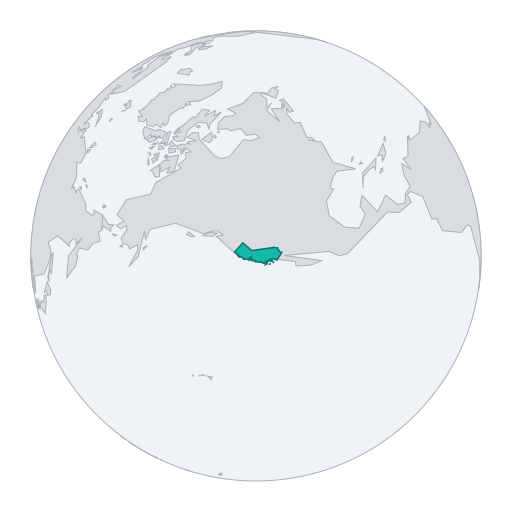 California highlighted on a globe, orthographic projection, rotated 311°
{"feature_id": "USA-3521", "entity_name": "California", "entity_type": "State", "adm_level": 1, "iso_a3": "USA", "parent_name": "United States of America", "parent_adm1": "", "projection": "orthographic", "projection_center": [-120.441, 37.266], "detail": "fine", "context": "on_globe", "style": "filled", "palette": "teal", "viewbox_px": 512, "rotation_deg": 311, "n_neighbors": 0, "source": "natural_earth", "source_scale": "10m", "svg_char_len": 13935}
<svg xmlns="http://www.w3.org/2000/svg" viewBox="0 0 512 512"><g transform="rotate(311 256 256)"><circle cx="256" cy="256" r="225" fill="#eef3f6" stroke="#a8b0b8"/><path d="M69.4,372.0L69.9,373.4L69.4,372.0ZM376.4,446.4L387.0,438.6L399.5,427.7L419.1,398.6L418.2,395.0L408.6,395.6L397.5,380.3L402.7,367.7L399.3,364.5L410.2,343.0L405.9,330.0L401.7,330.0L398.3,337.8L382.6,335.4L375.3,326.2L318.3,323.6L310.6,318.7L307.7,308.4L274.9,276.9L295.5,308.5L285.4,303.6L274.7,292.8L277.6,289.4L266.4,272.4L255.4,266.4L244.1,243.8L244.9,213.1L250.3,217.5L249.8,210.1L243.0,204.4L238.7,202.5L228.0,173.8L206.8,158.7L196.0,161.8L201.6,155.4L178.4,167.5L164.3,167.0L182.8,162.9L186.7,159.0L178.3,156.0L180.5,151.4L177.7,147.5L181.0,142.5L191.5,141.1L193.9,138.1L187.9,136.2L187.4,130.5L195.9,133.6L195.9,124.1L213.5,121.3L233.6,135.9L245.9,132.2L273.4,141.9L273.4,137.5L283.9,139.2L287.8,135.0L291.8,138.6L291.5,132.3L287.2,129.9L285.6,126.4L287.5,123.9L292.9,127.8L292.7,129.6L295.3,129.5L297.2,132.6L297.4,129.6L303.7,135.0L300.4,126.1L307.8,127.4L311.2,132.0L307.0,136.1L304.4,158.9L306.5,165.8L313.7,170.8L335.6,170.2L339.5,176.3L347.7,181.2L347.4,175.4L340.8,169.6L342.1,160.6L334.0,155.2L333.3,151.0L326.5,144.1L331.7,140.4L340.5,140.8L346.5,146.5L350.5,147.1L348.3,138.1L362.6,146.1L377.8,147.2L381.0,150.1L381.3,161.3L372.7,169.4L372.9,186.1L377.1,170.8L385.1,179.3L388.3,179.1L390.3,176.3L388.9,171.5L392.6,173.7L389.9,189.1L386.5,187.3L387.4,182.2L383.4,186.4L381.6,197.8L385.9,201.8L378.7,216.5L381.7,219.7L381.7,225.0L377.6,218.8L385.0,230.6L377.2,252.8L387.2,274.1L372.8,261.3L364.8,262.8L355.9,267.2L357.4,270.7L343.6,273.1L334.4,285.0L335.9,304.0L344.6,315.6L359.5,310.9L361.7,301.9L371.3,296.1L369.2,318.8L386.9,313.8L387.9,328.9L393.7,333.8L401.3,327.8L409.6,326.7L413.8,315.3L421.2,305.3L423.2,316.6L425.9,303.1L431.1,305.3L444.9,292.6L444.3,296.1L456.2,298.3L465.9,291.3L468.2,296.2L467.3,302.5L470.0,299.3L470.0,302.3L477.9,287.6L479.5,284.4L479.2,286.8L476.4,302.8L472.4,318.7L467.3,334.2L461.1,349.3L453.8,363.9L445.4,377.9L436.1,391.4L425.8,404.0L414.6,416.0L402.6,427.0L389.9,437.2L376.4,446.4ZM133.0,303.3L133.5,298.2L136.1,302.3L133.0,303.3ZM131.9,294.5L132.1,296.4L131.5,294.7L131.9,294.5ZM130.2,292.9L131.4,294.1L129.9,293.3L130.2,292.9ZM127.7,291.4L129.1,292.0L128.9,292.1L127.7,291.4ZM388.7,282.0L408.7,282.3L399.7,289.4L400.9,286.4L395.4,284.7L385.9,285.3L377.3,292.2L388.7,282.0ZM124.4,287.5L123.6,286.4L125.0,286.5L124.4,287.5ZM392.4,265.5L389.2,266.4L392.0,264.7L392.4,265.5ZM236.4,202.6L242.7,204.8L248.0,211.9L242.5,210.5L236.4,202.6ZM226.6,189.7L230.1,189.1L230.3,196.6L228.2,194.5L226.6,189.7ZM187.8,165.5L192.6,166.8L187.2,167.2L187.8,165.5ZM176.7,147.9L174.7,149.1L174.1,146.6L176.7,147.9ZM324.1,146.6L325.3,145.4L325.9,147.3L324.1,146.6ZM320.0,145.0L319.9,148.1L317.9,147.8L318.0,145.9L320.0,145.0ZM178.6,136.9L178.3,132.8L180.5,136.7L178.6,136.9ZM320.6,141.3L314.4,146.9L311.0,146.3L308.5,138.7L320.6,141.3ZM179.3,130.3L178.4,121.1L173.9,122.8L186.3,113.5L182.9,124.1L186.3,128.3L182.1,127.8L179.3,130.3ZM284.9,130.3L289.7,132.7L283.9,133.1L284.9,130.3ZM281.6,131.4L266.2,138.7L260.2,134.2L266.6,132.5L257.3,129.1L261.9,123.3L268.1,123.9L271.1,127.8L270.5,122.7L281.6,131.4ZM193.3,110.1L194.6,107.9L195.2,110.0L193.3,110.1ZM284.5,125.1L281.9,126.8L276.5,123.0L280.7,119.0L281.1,121.5L284.5,125.1ZM252.6,131.2L249.3,127.9L252.1,122.2L251.2,120.2L261.5,122.8L252.6,131.2ZM283.3,121.0L282.9,117.1L287.3,116.7L286.7,123.2L283.3,121.0ZM273.3,123.8L271.0,121.9L273.7,121.6L273.3,123.8ZM302.4,113.6L299.4,115.3L296.3,113.4L302.4,113.6ZM282.5,115.7L281.0,115.8L279.5,115.4L280.1,112.8L282.5,115.7ZM262.8,118.8L264.7,117.2L258.7,117.4L260.6,113.5L267.1,116.0L265.1,113.2L265.7,112.1L270.4,115.5L262.8,118.8ZM276.1,109.0L285.0,111.3L291.2,108.3L294.1,109.8L283.7,114.5L276.1,109.0ZM272.3,112.5L275.3,110.6L277.4,113.2L276.7,116.2L272.3,112.5ZM259.6,110.0L255.0,115.3L253.7,114.7L259.6,110.0ZM277.5,107.5L275.3,107.0L277.7,107.0L277.5,107.5ZM264.6,108.5L263.2,110.4L261.8,109.6L264.6,108.5ZM272.2,104.5L275.0,105.2L274.6,107.1L272.2,104.5ZM268.4,105.9L266.8,104.3L272.7,107.4L267.9,106.9L268.4,105.9ZM263.5,107.4L262.2,107.5L264.3,106.7L263.5,107.4ZM272.1,97.1L279.7,100.6L278.8,104.7L271.5,100.7L272.1,97.1ZM463.9,169.3L463.5,168.3L459.3,159.7L422.3,105.3L418.2,99.9L406.0,87.9L418.1,99.5L429.3,112.0L439.5,125.3L448.7,139.4L456.9,154.0L463.9,169.3ZM367.2,60.1L369.9,62.0L374.3,64.4L372.8,63.4L378.2,66.8L380.6,68.8L393.2,78.5L415.1,97.1L421.2,104.0L423.6,108.4L409.7,97.9L397.6,83.8L392.5,80.7L389.9,82.1L386.4,78.0L383.8,77.1L378.8,72.3L366.6,65.5L360.7,61.3L351.1,58.8L346.7,56.6L353.7,58.5L355.3,57.9L340.1,49.3L335.7,47.7L330.7,47.0L327.1,45.1L324.2,45.6L313.0,41.9L324.2,47.2L318.6,47.5L309.2,45.9L309.4,47.1L324.6,50.0L328.9,50.4L329.4,49.1L342.8,52.2L349.1,55.2L342.6,56.3L350.9,61.1L342.3,60.6L306.3,51.9L293.8,48.7L283.4,40.8L289.1,40.5L295.7,42.9L294.1,39.5L292.1,40.3L289.1,39.0L283.0,39.7L280.6,38.8L278.8,41.2L275.2,40.3L276.4,38.8L264.3,39.8L255.4,39.0L253.9,39.7L254.7,40.7L242.9,39.4L242.3,40.0L245.9,40.6L246.9,42.5L244.2,45.4L240.2,44.7L240.7,43.6L235.8,40.6L237.6,38.2L235.7,38.3L233.2,40.3L239.2,43.8L238.7,45.8L235.0,44.1L236.3,44.9L234.8,45.7L229.6,46.1L233.3,48.1L222.2,60.2L211.1,62.8L209.1,59.5L197.2,69.2L185.6,72.6L189.0,73.0L185.5,78.7L189.1,77.6L190.4,78.3L183.2,94.0L178.4,97.6L179.1,105.9L180.8,106.3L184.4,104.0L186.3,113.5L173.9,122.8L170.6,121.4L165.0,128.6L158.4,124.7L150.3,125.2L146.3,117.5L140.2,119.0L138.7,121.8L129.4,126.5L115.4,127.4L133.3,114.3L155.7,113.1L147.1,112.2L151.0,109.0L149.1,106.7L142.9,106.7L141.0,108.8L141.1,93.3L130.0,90.0L126.1,97.2L119.4,102.4L103.4,107.8L95.5,102.0L86.6,111.1L83.3,113.9L85.0,110.6L89.8,106.3L95.1,100.3L97.6,98.7L101.9,92.8L105.6,90.3L107.2,87.4L102.1,91.8L96.9,97.5L96.7,96.8L86.2,107.9L85.7,108.5L96.8,96.6L108.7,85.5L121.4,75.3L134.8,66.1L148.8,57.8L163.4,50.6L178.5,44.5L194.0,39.4L209.8,35.5L225.8,32.7L242.0,31.2L258.3,30.7L274.6,31.5L290.7,33.4L306.7,36.5L322.4,40.7L337.8,46.1L352.8,52.6L367.2,60.1ZM439.3,125.2L441.3,127.9L441.3,128.0L439.3,125.2ZM445.2,292.0L447.1,292.7L445.1,294.8L445.2,292.0ZM399.6,295.1L403.3,293.2L405.6,293.9L403.0,296.2L399.6,295.1ZM427.4,276.3L431.0,274.5L427.7,278.4L427.4,276.3ZM411.5,282.0L424.5,278.1L418.2,287.0L409.8,289.6L414.9,284.9L411.5,282.0ZM393.2,273.6L395.7,273.1L395.8,275.8L393.2,273.6ZM394.5,264.3L393.7,265.0L392.0,263.9L394.5,264.3ZM385.3,178.4L385.6,177.2L388.3,175.3L388.2,178.0L385.3,178.4ZM393.0,157.5L398.7,161.6L394.6,160.3L395.6,164.5L388.1,167.3L382.3,151.8L386.3,158.1L393.0,157.5ZM376.5,167.5L381.9,167.0L376.3,168.2L376.5,167.5ZM374.7,78.6L374.6,76.8L379.0,78.7L386.5,85.6L380.2,82.7L374.7,78.6ZM373.5,74.0L365.0,74.0L360.1,70.2L364.3,72.2L361.9,69.7L368.0,72.4L371.5,69.4L375.6,71.0L387.2,81.9L381.1,77.2L381.5,79.0L373.5,74.0ZM352.2,85.4L348.5,86.7L342.5,76.7L346.7,76.7L354.4,83.1L354.0,86.9L352.2,85.4ZM317.3,127.3L316.3,129.4L314.8,128.2L314.5,125.4L317.3,127.3ZM301.2,114.5L320.3,117.3L320.1,119.7L331.5,119.1L335.4,125.3L327.9,125.4L339.4,130.1L334.2,132.6L342.1,135.3L324.8,134.8L320.6,137.7L323.9,131.9L320.4,126.0L317.7,124.3L306.6,122.0L295.8,126.0L290.6,121.2L289.9,116.8L291.7,115.1L294.5,118.7L294.9,113.9L300.3,117.8L301.2,114.5ZM284.1,75.3L286.6,78.8L288.4,72.3L293.8,75.1L293.7,74.2L299.2,75.2L305.6,74.9L307.5,76.8L309.2,75.9L312.9,76.8L315.8,76.3L320.2,79.6L324.2,79.4L324.0,81.1L329.7,80.0L327.5,82.3L332.0,84.0L331.8,80.9L348.3,102.1L357.0,110.1L365.5,115.8L360.4,119.7L349.3,117.3L336.1,111.8L328.4,103.9L327.6,107.5L323.7,104.8L326.0,103.1L320.1,104.2L317.5,101.7L305.7,98.5L298.7,102.3L294.2,101.4L295.7,98.7L290.2,99.8L289.9,94.3L286.6,93.7L283.1,87.9L287.7,83.4L283.7,83.1L280.9,79.0L284.1,75.3ZM271.3,95.4L275.6,88.8L280.7,87.3L284.7,98.1L287.7,99.5L290.5,106.9L283.1,109.1L283.0,106.7L281.2,104.9L284.2,104.9L280.4,103.6L280.1,100.4L277.1,98.6L279.3,96.9L271.3,95.4ZM391.5,76.0L389.0,74.2L386.5,72.4L388.1,73.5L391.5,76.0ZM382.5,69.8L386.1,72.1L385.6,71.9L382.5,69.8ZM351.1,57.1L348.1,55.5L348.9,55.4L351.7,56.3L351.1,57.1ZM290.7,58.5L291.3,60.3L289.8,60.3L286.6,63.6L282.3,62.1L282.6,59.4L290.7,58.5ZM285.5,57.3L284.7,58.8L283.1,57.2L285.5,57.3ZM279.0,61.2L276.7,59.5L281.4,62.3L279.0,61.2ZM248.0,49.8L257.2,46.5L260.9,43.9L258.6,41.8L265.8,43.8L260.0,47.7L248.0,49.8ZM225.8,58.8L227.8,61.2L224.4,61.6L223.4,61.1L225.8,58.8ZM228.8,59.3L236.2,59.8L235.7,62.1L230.0,61.2L228.8,59.3ZM261.1,57.2L264.1,56.3L265.4,57.6L261.1,57.2ZM66.4,370.9L68.8,374.7L66.7,372.4L66.4,370.9ZM69.8,373.3L67.3,370.8L69.4,372.0L69.8,373.3ZM49.5,344.9L50.9,347.9L50.6,347.5L49.5,344.9ZM48.8,343.3L48.5,341.9L49.4,344.6L48.8,343.3ZM39.7,317.8L39.8,317.8L40.3,319.5L39.7,317.8ZM38.4,313.1L37.3,309.6L37.1,308.5L38.4,313.1ZM37.7,310.0L37.2,307.7L38.8,314.3L37.7,310.0ZM35.2,299.5L36.8,306.9L35.1,299.5L35.2,299.5ZM34.7,297.7L33.9,293.5L33.9,293.1L34.7,297.7ZM32.5,283.8L33.6,291.7L33.7,292.2L33.3,289.7L32.5,283.8ZM31.3,271.6L31.3,272.5L31.9,278.6L31.3,271.6ZM74.3,126.4L77.2,123.2L75.8,126.3L74.2,127.6L74.3,126.4ZM74.2,134.8L76.4,126.1L78.7,120.0L76.2,123.5L73.3,125.8L79.2,118.3L80.4,119.7L78.0,125.2L81.3,123.2L81.8,126.2L87.3,122.0L88.7,122.9L82.9,128.6L74.2,134.8ZM89.8,120.0L99.6,115.4L95.4,123.4L92.3,126.2L89.6,124.8L92.0,120.6L89.8,120.0ZM100.8,116.8L103.2,112.9L122.6,101.1L125.7,100.7L108.7,113.1L110.0,110.2L106.0,111.9L100.8,116.8ZM192.3,107.9L194.4,107.9L192.2,109.3L192.3,107.9ZM192.4,77.6L193.9,78.8L191.3,80.3L192.4,77.6ZM196.5,83.1L198.5,80.6L198.0,83.5L196.5,83.1ZM202.5,75.2L200.0,79.7L200.1,75.1L202.5,75.2Z" fill="#d9dde1" stroke="#a8b0b8" stroke-width="1"/><path d="M274.9,273.3L267.0,274.4L266.9,274.0L266.8,273.9L266.6,273.8L266.7,273.7L266.8,273.7L267.0,274.1L266.9,273.8L266.8,273.7L266.7,273.7L266.6,273.9L266.5,273.4L266.4,273.2L266.5,273.2L266.4,272.6L266.3,272.2L265.6,271.3L265.1,270.9L264.9,270.7L264.6,270.4L264.1,270.2L263.6,269.7L263.3,269.7L263.4,269.8L263.3,269.6L263.1,269.7L263.1,269.9L262.8,269.8L262.6,269.8L262.6,269.7L262.7,269.4L262.5,269.0L262.3,268.7L262.2,268.6L261.8,268.6L261.5,268.7L261.4,268.7L261.3,268.8L261.2,268.7L260.9,268.6L260.4,268.4L260.0,268.2L259.8,267.8L259.6,267.7L259.4,267.6L259.2,267.3L258.8,267.2L258.5,267.2L258.4,267.3L258.1,267.2L257.8,267.2L257.7,267.1L257.4,267.0L257.1,267.0L256.5,267.0L256.0,267.1L255.9,267.1L255.8,266.8L255.6,266.7L255.4,266.6L255.5,266.1L255.4,265.9L255.4,265.5L255.3,265.3L255.4,264.8L255.3,264.4L255.1,264.2L255.0,264.3L254.6,264.0L254.5,263.9L254.6,263.5L254.6,263.4L254.6,263.2L254.2,263.1L253.9,262.7L253.7,262.4L253.3,262.3L253.1,261.8L252.7,261.4L252.6,260.9L252.4,260.9L252.1,260.3L251.7,260.1L251.5,259.8L251.4,259.7L251.4,259.4L251.2,259.0L251.3,258.9L251.2,258.9L251.3,258.9L251.1,258.6L251.3,258.4L251.4,258.6L251.5,258.6L251.6,258.4L251.7,258.0L251.8,258.1L251.7,258.0L251.8,257.8L251.7,257.7L251.5,257.3L251.4,257.1L251.2,257.2L250.7,257.1L250.4,256.9L250.2,256.5L250.0,256.3L249.9,256.2L249.9,255.6L249.7,255.3L249.7,255.1L249.5,254.9L249.5,254.6L249.6,254.4L249.6,253.9L249.9,253.8L250.1,254.1L249.9,254.2L250.0,254.4L250.0,254.5L250.4,254.8L250.5,254.9L250.5,255.0L250.8,255.2L251.0,255.2L250.9,255.0L250.7,254.7L250.6,254.4L250.6,254.2L250.4,254.1L250.5,254.1L250.3,254.0L250.2,253.9L250.2,253.7L250.1,253.4L249.8,253.2L250.1,253.1L250.3,252.9L250.5,252.8L250.7,253.0L250.9,252.9L251.2,252.9L252.1,253.1L252.2,252.9L252.4,252.7L252.5,252.7L252.5,252.8L252.3,252.8L252.4,253.0L252.5,253.0L252.5,252.8L252.9,253.1L252.8,252.9L252.6,252.8L252.5,252.7L252.4,252.7L252.2,252.7L252.1,252.9L252.0,253.0L251.9,252.9L252.1,252.7L251.8,252.8L251.7,252.8L251.4,252.8L251.5,252.8L251.3,252.8L251.1,252.7L250.8,252.9L250.7,252.9L250.4,252.8L250.2,252.6L250.0,252.4L249.8,252.6L249.6,252.6L249.6,253.0L249.8,253.1L249.6,253.2L249.7,253.3L249.8,253.5L249.7,253.6L249.5,253.8L249.2,253.4L249.0,253.5L248.9,253.4L248.6,253.0L248.3,252.9L248.2,252.8L248.3,252.9L248.1,253.0L248.2,252.4L248.2,252.2L248.6,252.7L248.3,252.2L248.2,252.1L248.1,251.8L247.9,251.8L247.9,251.7L247.7,251.2L247.1,250.7L246.8,250.3L246.6,250.1L246.5,249.9L246.0,249.3L245.9,249.2L246.0,249.2L246.1,248.9L246.0,248.5L245.9,248.2L245.8,247.9L245.8,247.7L245.7,247.6L245.8,247.3L245.9,246.8L245.9,246.7L245.9,246.3L245.8,246.1L245.7,245.7L245.5,245.4L245.2,245.0L245.1,244.9L245.0,244.7L244.8,244.5L244.2,244.0L244.3,243.8L244.3,243.5L244.1,243.3L244.3,242.8L244.7,242.0L244.6,242.3L244.8,242.3L244.7,242.1L244.8,242.1L244.9,241.9L245.1,241.9L245.2,241.7L244.8,241.9L244.7,242.1L244.9,241.7L245.1,241.1L245.0,240.9L245.0,240.6L245.1,240.4L245.3,239.4L245.3,239.1L245.2,238.9L245.1,238.5L245.1,238.2L244.8,238.1L244.9,237.8L245.0,237.3L245.0,237.2L257.3,237.4L257.3,249.2L263.2,254.2L267.9,258.4L274.7,264.3L274.8,264.8L275.0,265.2L275.2,265.3L275.4,265.7L275.5,265.9L275.6,266.1L275.6,266.4L275.8,266.4L276.5,266.9L276.5,267.0L276.2,267.4L275.7,267.7L275.6,267.8L275.6,268.1L275.3,268.4L275.3,268.5L275.3,269.0L275.4,269.3L275.3,269.5L275.3,269.9L275.2,270.1L275.0,270.5L274.7,270.6L274.8,270.7L274.8,270.9L274.9,271.2L274.9,271.4L274.9,271.8L275.0,272.0L275.4,272.0L275.5,272.1L275.7,272.7L275.5,272.9L275.5,273.2L275.4,273.2L275.0,273.2L274.9,273.3ZM259.0,268.7L258.9,268.8L258.6,268.9L258.4,269.0L258.0,269.0L257.8,268.9L257.8,268.7L257.7,268.6L258.1,268.6L258.4,268.7L258.5,268.7L258.6,268.8L258.7,268.7L258.9,268.6L259.0,268.7ZM257.3,268.7L257.3,268.8L257.5,268.9L257.5,269.1L257.4,269.1L257.1,269.2L257.1,269.3L256.9,269.1L256.8,268.9L256.6,268.8L256.9,268.8L257.0,268.7L257.1,268.8L257.3,268.7ZM262.4,271.1L262.1,271.0L262.0,270.8L262.4,271.0L262.4,270.9L262.8,271.1L263.0,271.4L263.0,271.5L262.9,271.5L262.8,271.4L262.5,271.4L262.4,271.3L262.5,271.2L262.4,271.1ZM262.4,272.9L262.9,273.4L262.6,273.5L262.4,273.3L262.1,272.6L262.4,272.9ZM259.0,271.6L259.3,271.8L259.2,271.9L258.9,271.8L258.8,271.7L259.0,271.6ZM256.3,268.6L256.4,268.8L256.0,268.7L256.3,268.6ZM263.2,269.7L263.2,269.8L263.2,269.7L263.1,269.8L263.1,269.7L263.2,269.7Z" fill="#14b8a6" stroke="#0f766e" stroke-width="1.5"/></g></svg>